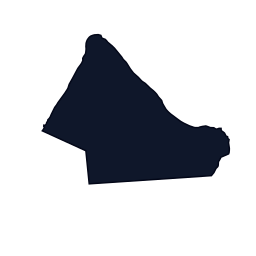 Ngebeianged, Palau, rotated 46°
{"feature_id": "81905179B65158388744507", "entity_name": "Ngebeianged", "entity_type": "district", "adm_level": 2, "iso_a3": "PLW", "parent_name": "Palau", "parent_adm1": "", "projection": "orthographic", "projection_center": [134.133, 6.918], "detail": "fine", "context": "isolated", "style": "filled", "palette": "ink", "viewbox_px": 256, "rotation_deg": 46, "n_neighbors": 0, "source": "geoboundaries", "source_scale": "gbopen_adm2", "svg_char_len": 1414}
<svg xmlns="http://www.w3.org/2000/svg" viewBox="0 0 256 256"><g transform="rotate(46 128 128)"><path d="M141.2,194.7L220.2,101.1L219.7,97.1L218.2,92.8L218.1,90.1L217.4,88.9L215.1,86.4L214.1,82.7L213.5,81.6L216.5,73.6L215.9,72.4L214.3,70.5L213.0,69.2L208.4,65.9L206.5,63.3L205.0,63.5L203.4,62.4L201.9,63.1L198.7,62.1L196.9,62.3L195.3,62.7L193.9,62.2L192.9,61.3L191.5,62.7L190.8,64.3L189.9,65.5L187.4,66.1L184.9,68.5L181.9,69.9L180.6,70.6L178.5,73.5L177.1,75.9L176.7,77.0L174.3,79.5L173.3,80.2L171.9,80.9L169.2,82.3L163.4,84.5L160.0,85.5L156.1,86.2L147.5,87.6L145.0,87.8L142.8,87.8L140.9,87.7L136.7,86.7L134.4,86.1L131.6,84.7L126.7,84.5L123.7,83.9L121.3,83.8L118.8,83.9L114.5,84.4L108.0,84.6L104.4,85.4L103.2,85.5L99.1,85.4L92.1,85.9L87.0,85.3L81.0,84.0L79.1,83.7L75.3,83.8L73.9,83.5L72.3,83.2L61.2,82.3L57.7,82.4L56.0,82.6L52.1,83.0L50.4,82.8L48.4,82.8L45.3,84.3L42.5,83.2L40.1,84.6L37.6,87.6L36.8,89.1L36.0,91.0L35.8,92.7L36.0,94.4L36.3,95.9L36.9,97.4L37.9,99.2L40.1,101.6L42.0,103.2L43.5,104.9L44.9,106.7L45.3,107.8L45.7,110.0L46.4,112.1L48.1,113.6L49.1,116.1L49.6,118.4L50.1,121.7L50.5,123.3L53.8,133.5L55.7,139.9L57.5,143.2L58.0,144.6L59.1,149.3L61.1,160.7L61.8,163.2L62.3,166.4L65.0,173.9L66.0,176.2L66.4,178.1L66.4,179.8L67.2,181.0L67.6,182.7L68.5,184.3L68.5,185.8L67.5,186.5L68.3,187.5L69.6,187.8L70.2,189.9L70.5,191.6L115.1,174.1L141.2,194.7Z" fill="#0f172a" stroke="#020617" stroke-width="1.5"/></g></svg>